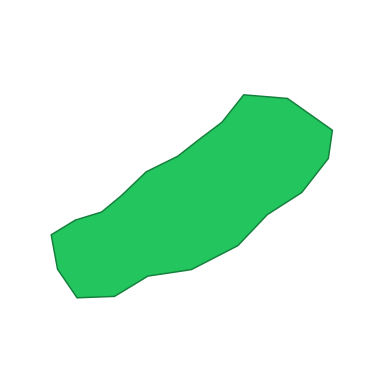 Santa Cruz de Minas, Minas Gerais, Brazil (Natural Earth projection), rotated 159°
{"feature_id": "56859067B4743416484635", "entity_name": "Santa Cruz de Minas", "entity_type": "district", "adm_level": 2, "iso_a3": "BRA", "parent_name": "Brazil", "parent_adm1": "Minas Gerais", "projection": "natural_earth1", "projection_center": [-44.215, -21.121], "detail": "fine", "context": "isolated", "style": "filled", "palette": "green", "viewbox_px": 384, "rotation_deg": 159, "n_neighbors": 0, "source": "geoboundaries", "source_scale": "gbopen_adm2", "svg_char_len": 419}
<svg xmlns="http://www.w3.org/2000/svg" viewBox="0 0 384 384"><g transform="rotate(159 192 192)"><path d="M301.8,122.3L263.3,129.3L220.4,119.8L168.4,125.5L129.8,143.9L89.7,152.2L52.7,174.5L38.8,199.3L69.3,245.1L108.9,264.2L139.0,246.4L167.9,238.1L192.5,230.5L227.4,227.3L259.0,214.0L283.6,205.7L311.0,207.6L338.8,202.5L345.2,168.1L337.2,134.4L301.8,122.3Z" fill="#22c55e" stroke="#15803d" stroke-width="1.5"/></g></svg>